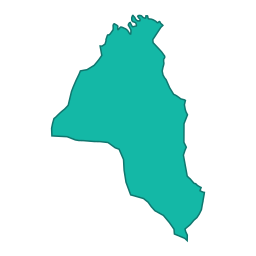 Afikpo South, Ebonyi, Nigeria
{"feature_id": "59680162B28595276838631", "entity_name": "Afikpo South", "entity_type": "district", "adm_level": 2, "iso_a3": "NGA", "parent_name": "Nigeria", "parent_adm1": "Ebonyi", "projection": "natural_earth1", "projection_center": [7.822, 5.833], "detail": "fine", "context": "isolated", "style": "filled", "palette": "teal", "viewbox_px": 256, "rotation_deg": 0, "n_neighbors": 0, "source": "geoboundaries", "source_scale": "gbopen_adm2", "svg_char_len": 2549}
<svg xmlns="http://www.w3.org/2000/svg" viewBox="0 0 256 256"><path d="M162.9,25.4L162.6,25.0L161.8,24.3L160.9,23.6L160.5,23.0L159.8,21.7L159.3,21.5L157.8,22.7L157.2,22.6L155.5,21.1L153.2,19.8L151.5,19.2L149.2,18.9L148.4,18.7L148.1,18.0L147.8,17.2L147.7,16.2L147.4,15.8L146.5,15.8L145.9,15.9L145.8,17.7L145.3,18.1L144.3,18.0L143.6,17.6L142.9,17.4L142.3,16.6L141.2,15.7L139.6,15.4L138.2,15.6L137.7,16.3L138.8,18.0L139.9,19.0L140.1,20.1L139.8,20.8L138.6,20.9L137.7,20.9L136.2,19.8L135.5,19.0L134.8,17.5L133.5,16.1L133.1,15.5L132.6,15.5L132.1,16.6L131.7,17.8L131.8,20.2L132.5,21.5L135.0,22.4L135.8,22.9L136.5,25.2L136.3,25.9L132.8,26.8L132.0,26.1L131.1,24.4L130.2,22.5L129.5,22.7L128.4,24.3L128.4,25.6L128.9,26.1L130.8,29.7L131.0,31.0L130.8,33.0L130.7,34.0L130.1,34.1L129.3,33.2L127.9,30.9L126.6,29.5L125.5,28.8L122.7,27.5L121.5,27.1L120.5,27.1L118.3,29.6L117.9,29.6L117.7,29.1L117.8,26.1L116.8,25.2L114.4,23.8L113.6,24.1L113.1,25.4L113.2,28.5L113.0,29.9L111.6,31.9L110.6,33.3L109.4,34.7L107.6,35.0L107.3,35.6L106.0,39.4L106.0,40.9L105.0,44.1L102.1,46.1L100.1,46.0L101.8,55.4L98.9,59.6L96.3,62.8L94.2,65.3L87.0,69.7L84.1,70.2L80.4,70.9L79.7,72.6L79.1,74.1L76.4,79.7L76.1,80.3L73.3,86.8L72.3,89.4L71.5,91.5L71.1,93.1L68.2,105.3L65.3,108.4L64.5,109.2L61.9,111.3L60.3,112.7L58.3,114.6L58.0,114.9L55.6,117.3L54.0,118.5L52.6,123.4L51.6,128.3L51.9,135.9L67.1,136.7L75.3,139.9L78.8,140.5L83.3,140.6L94.1,141.5L100.1,141.6L108.0,142.5L115.2,147.8L119.1,149.2L123.5,159.4L123.6,160.8L124.1,170.2L126.0,182.2L129.4,191.4L130.7,194.9L133.4,195.6L143.5,198.5L148.1,202.2L151.4,206.8L154.9,210.7L163.4,215.4L169.5,222.7L174.0,229.2L174.4,234.0L184.7,238.3L187.2,240.6L187.3,235.1L185.7,231.7L185.0,229.0L190.2,224.6L193.9,220.2L196.9,217.6L199.2,214.1L201.4,209.7L202.1,205.7L202.1,205.3L202.3,204.6L202.8,202.0L202.9,201.8L203.1,200.1L203.6,197.4L204.0,195.1L204.3,193.1L204.4,192.4L203.2,192.2L202.0,191.7L200.0,190.7L201.1,187.5L199.5,186.7L197.5,185.5L196.6,184.6L195.7,183.7L194.7,183.5L193.9,183.2L192.6,181.7L190.2,178.9L188.8,177.7L187.2,176.1L186.3,171.1L185.3,165.7L183.4,155.1L184.9,150.5L186.3,147.2L183.9,142.3L184.0,123.7L187.5,114.8L185.9,111.6L185.2,109.3L184.4,104.8L185.4,100.4L184.9,100.1L184.1,99.7L183.6,99.6L181.2,99.0L180.9,98.9L180.3,98.5L179.3,97.7L176.6,95.8L174.6,94.7L173.7,94.4L169.6,87.7L166.1,79.7L164.5,77.7L163.0,74.9L162.2,71.0L162.9,67.5L163.7,64.7L163.9,63.2L163.6,61.2L163.7,59.1L164.7,57.7L164.7,56.2L161.7,52.0L159.2,49.2L153.1,42.7L152.8,39.6L160.9,27.3L162.9,25.4Z" fill="#14b8a6" stroke="#0f766e" stroke-width="1.5"/></svg>